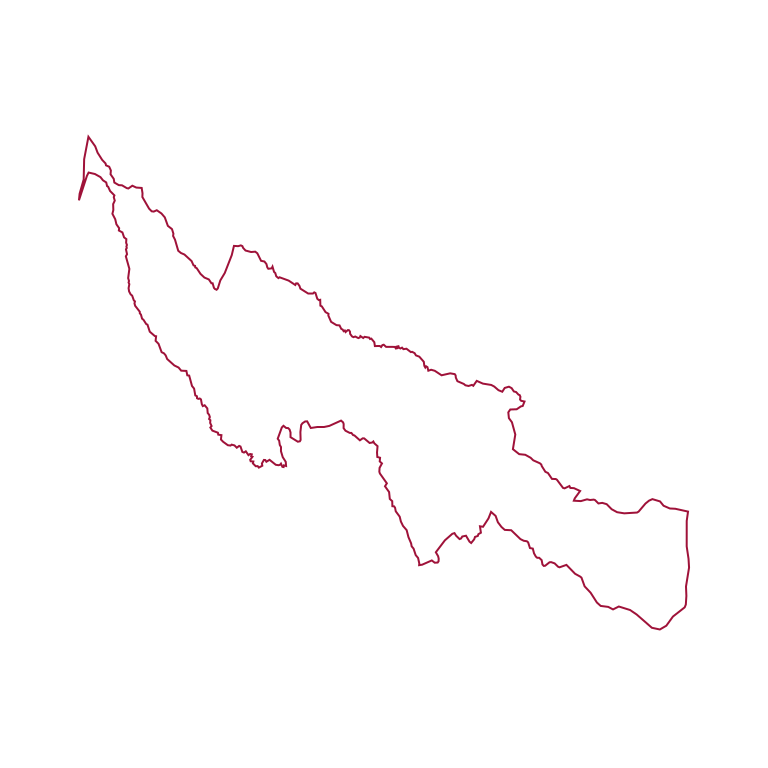 Kigumo, Central, Kenya (Equal Earth projection), rotated 5°
{"feature_id": "3690345B17600682902163", "entity_name": "Kigumo", "entity_type": "district", "adm_level": 2, "iso_a3": "KEN", "parent_name": "Kenya", "parent_adm1": "Central", "projection": "equal_earth", "projection_center": [36.915, -0.774], "detail": "fine", "context": "isolated", "style": "outline", "palette": "rose", "viewbox_px": 768, "rotation_deg": 5, "n_neighbors": 0, "source": "geoboundaries", "source_scale": "gbopen_adm2", "svg_char_len": 6134}
<svg xmlns="http://www.w3.org/2000/svg" viewBox="0 0 768 768"><g transform="rotate(5 384 384)"><path d="M293.6,474.2L292.9,470.1L289.5,465.7L287.2,459.9L286.9,455.8L285.5,453.8L284.5,449.6L282.9,447.8L286.0,436.2L287.5,434.4L290.3,436.3L292.4,436.3L293.9,437.6L295.1,440.4L295.5,445.1L303.2,449.0L305.2,448.4L305.8,447.0L304.9,439.2L305.1,432.0L306.2,430.2L308.7,428.2L310.7,427.9L314.9,434.2L321.5,432.6L327.9,432.1L333.2,430.5L344.4,424.2L346.6,425.8L347.3,427.4L347.6,431.5L349.7,433.9L354.1,435.7L355.8,435.6L357.7,437.6L359.0,437.8L364.9,442.2L367.5,440.0L369.0,439.9L374.8,444.0L377.4,443.3L378.4,442.2L379.5,443.9L383.0,446.5L383.0,452.8L383.7,457.3L386.5,457.8L386.5,461.5L388.9,463.3L386.9,467.9L387.0,471.8L387.7,473.5L395.5,482.7L393.9,485.8L398.5,491.2L399.8,498.0L402.4,500.0L403.0,505.0L404.7,505.0L405.8,506.3L406.8,509.8L411.2,514.8L412.8,519.5L415.3,523.7L419.3,527.6L421.7,534.4L424.9,540.4L425.7,543.3L427.8,545.4L430.5,551.7L433.1,554.3L434.8,559.7L434.8,561.4L437.7,560.7L447.0,555.6L450.1,557.6L453.0,557.2L453.8,555.9L453.7,553.2L452.9,550.8L450.3,547.1L458.3,534.4L465.1,527.3L467.2,526.4L469.0,528.8L472.8,531.9L474.2,531.2L475.3,529.1L478.9,528.0L482.9,533.6L484.7,534.8L487.4,530.8L488.0,528.4L490.7,527.2L491.1,525.4L493.5,523.7L492.0,517.4L495.1,517.6L499.8,508.8L501.8,502.1L506.7,505.7L509.5,511.8L513.5,516.2L517.0,518.8L523.5,518.6L533.4,526.6L536.9,528.0L540.0,528.2L541.4,529.2L543.7,534.7L546.6,535.0L548.2,539.6L550.3,542.7L551.8,543.8L553.7,543.6L556.4,545.7L557.6,550.0L559.0,551.3L560.4,551.0L564.4,547.2L566.0,546.9L569.6,547.8L573.4,550.9L574.9,551.3L581.5,548.3L590.9,556.4L596.3,558.8L597.6,559.7L601.5,568.1L608.0,573.9L615.1,583.1L619.2,586.2L626.8,586.5L631.8,588.6L637.3,585.2L648.8,587.7L655.8,591.6L672.1,603.5L680.2,604.5L686.3,600.2L692.1,590.5L703.0,580.3L703.9,577.4L703.7,568.8L702.5,559.4L703.9,540.3L702.6,531.6L699.7,519.4L697.5,494.0L698.0,484.6L685.0,482.9L679.6,483.1L673.1,480.9L669.2,476.9L661.4,475.3L658.2,477.1L654.9,480.3L648.8,488.9L647.3,490.0L634.6,491.9L627.4,491.4L621.7,488.9L616.3,484.3L611.8,483.4L608.0,484.3L604.3,481.2L603.0,480.9L599.4,481.6L596.3,481.2L590.3,483.5L583.3,483.7L584.0,481.3L588.7,473.5L582.3,471.2L578.7,471.3L577.6,469.5L573.0,472.2L571.4,471.9L564.6,464.3L563.4,463.7L559.6,463.9L555.1,458.4L552.4,457.4L548.3,452.0L547.7,450.5L546.2,449.4L539.3,447.0L536.5,444.7L530.9,442.2L524.8,442.1L518.1,437.7L519.2,422.9L514.8,411.0L511.4,407.1L510.3,401.4L512.0,398.4L518.4,397.6L522.3,394.4L524.1,393.8L525.5,389.2L522.1,388.8L520.9,387.6L521.0,384.8L520.1,383.2L518.9,382.9L516.3,380.5L514.0,380.1L511.5,377.0L508.7,375.8L504.6,377.4L502.5,381.4L498.6,380.2L494.0,376.9L490.9,375.6L482.5,375.0L476.1,372.8L473.1,378.0L471.7,377.2L468.4,378.6L465.2,378.2L463.5,377.0L456.9,374.8L455.0,371.4L454.6,369.2L453.6,368.0L449.0,367.6L440.6,370.3L433.4,366.4L429.7,365.7L427.0,366.9L425.8,363.4L424.4,362.7L423.7,364.0L422.6,362.4L421.7,358.4L416.8,353.7L413.3,352.7L411.8,350.6L409.2,349.5L408.0,349.9L403.3,346.9L400.3,347.6L398.8,346.2L397.2,347.2L395.7,346.5L395.1,345.1L393.6,345.6L394.1,347.2L392.7,347.6L391.7,346.1L382.8,346.8L380.3,344.9L379.0,345.4L377.9,347.4L376.5,346.5L371.6,347.0L370.7,343.2L367.4,339.9L366.2,340.4L365.2,339.1L360.5,338.7L359.3,340.0L356.3,338.3L355.8,339.8L354.4,340.5L351.2,339.2L349.5,340.0L348.0,339.4L345.9,337.0L345.5,334.7L344.3,333.4L343.2,333.5L341.2,335.6L340.3,334.1L339.2,334.9L338.1,333.4L336.6,332.8L334.6,329.5L331.5,329.5L325.9,326.7L322.6,320.7L322.6,318.9L319.5,317.5L315.3,312.1L313.8,311.5L313.1,305.7L311.8,306.1L310.1,304.9L307.8,299.3L306.5,298.8L305.3,300.1L300.6,300.5L292.4,296.3L291.2,293.6L289.2,291.3L287.7,291.4L287.0,293.1L280.0,289.3L270.7,286.8L269.6,287.7L267.3,286.1L266.0,282.9L264.7,281.9L262.7,276.8L262.0,278.6L258.7,279.3L257.6,278.0L256.4,274.7L254.2,272.4L250.8,272.0L246.4,264.8L244.2,263.4L240.1,264.1L234.4,263.1L231.8,260.7L230.9,259.0L229.3,258.4L226.7,259.4L222.5,259.5L221.1,268.9L215.7,287.3L211.9,295.1L210.1,303.3L209.0,304.7L207.2,304.0L206.2,303.0L204.5,298.6L203.3,298.7L200.4,295.1L195.8,293.6L191.6,290.3L187.3,284.9L185.8,284.3L185.5,282.8L183.9,282.4L181.6,278.3L173.9,272.4L170.3,271.2L167.4,269.2L163.2,258.4L161.0,254.9L161.1,252.6L159.3,248.2L154.9,245.3L151.1,237.1L147.4,233.5L142.5,230.7L139.6,232.3L137.5,232.2L134.7,229.8L127.0,218.8L126.8,215.0L125.5,209.8L120.1,209.9L116.0,208.4L112.3,211.5L110.7,211.3L105.7,208.9L102.5,209.0L97.8,206.8L96.9,203.2L93.3,198.9L93.3,195.1L91.3,191.5L88.0,190.4L87.4,188.6L83.7,185.3L78.5,178.5L75.6,172.4L68.0,163.5L65.7,186.2L67.0,206.4L64.2,220.9L64.1,227.6L69.9,202.6L71.3,199.1L77.7,200.0L83.5,202.6L86.3,205.6L89.7,207.4L90.9,211.0L92.0,211.5L94.3,215.6L99.0,219.6L98.5,221.4L99.8,224.8L98.5,228.4L99.2,234.3L98.6,238.1L101.9,243.3L103.5,248.2L106.6,251.9L106.5,254.2L110.2,255.8L112.3,260.6L114.7,262.1L114.8,265.8L115.8,267.9L115.4,269.5L115.9,270.9L115.2,272.3L116.7,277.1L115.7,279.3L120.3,291.5L119.9,300.8L121.0,303.6L120.7,305.2L121.6,306.7L121.2,310.8L122.0,314.0L123.8,316.8L125.4,317.9L127.5,322.5L128.7,323.4L128.4,325.4L129.3,327.8L134.4,333.3L134.6,334.9L135.8,336.0L137.3,340.0L138.8,341.0L141.9,345.0L143.2,345.5L146.1,352.3L151.5,356.2L152.8,356.3L152.7,360.9L155.9,363.6L159.7,371.7L162.1,372.6L164.0,374.5L165.8,378.0L173.5,383.8L177.9,385.5L180.8,388.4L186.0,388.2L187.3,392.5L189.2,392.6L192.9,402.7L195.2,405.1L197.0,411.8L198.7,412.5L199.0,414.5L200.4,415.0L201.7,414.5L203.0,415.3L204.3,420.0L205.4,421.8L207.2,420.8L210.1,423.7L210.9,428.3L212.4,429.8L213.4,432.1L212.8,434.1L214.2,435.2L214.2,437.9L215.9,440.9L214.8,442.5L217.1,445.4L222.8,447.0L223.3,448.9L226.5,449.1L226.4,453.5L228.8,455.6L233.8,458.6L236.5,458.7L237.5,457.7L240.4,458.2L242.9,460.3L245.1,458.3L246.5,458.8L248.8,464.0L250.5,464.5L252.2,463.1L255.2,466.7L256.7,465.4L258.4,465.6L258.0,467.6L259.3,468.0L257.3,471.2L257.9,472.6L260.6,472.6L260.3,474.5L263.4,477.1L265.3,476.8L266.6,478.2L269.9,476.0L269.3,473.8L271.0,470.1L272.4,470.1L273.6,471.7L276.6,469.5L283.2,473.9L286.0,474.1L287.4,473.6L288.3,472.3L290.0,475.4L291.2,475.5L291.4,473.8L293.6,474.2Z" fill="none" stroke="#9f1239" stroke-width="2"/></g></svg>